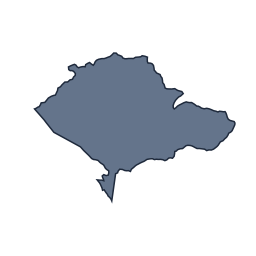 Rio do Campo, Santa Catarina, Brazil, rotated 33°
{"feature_id": "56859067B84432632001566", "entity_name": "Rio do Campo", "entity_type": "district", "adm_level": 2, "iso_a3": "BRA", "parent_name": "Brazil", "parent_adm1": "Santa Catarina", "projection": "mercator", "projection_center": [-50.112, -26.91], "detail": "fine", "context": "isolated", "style": "filled", "palette": "slate", "viewbox_px": 256, "rotation_deg": 33, "n_neighbors": 0, "source": "geoboundaries", "source_scale": "gbopen_adm2", "svg_char_len": 3049}
<svg xmlns="http://www.w3.org/2000/svg" viewBox="0 0 256 256"><g transform="rotate(33 128 128)"><path d="M58.0,97.9L58.7,100.0L56.9,100.9L55.0,102.7L53.7,104.4L51.9,104.4L50.1,103.6L48.4,103.8L47.4,105.1L46.1,107.0L44.8,109.2L46.5,111.3L48.3,111.4L49.7,110.4L51.6,110.1L54.2,111.0L55.1,112.7L54.6,114.9L54.9,117.4L53.1,119.3L52.4,122.2L50.0,123.9L49.6,125.7L49.1,127.9L48.9,130.2L47.5,132.7L48.5,135.0L48.8,137.3L49.2,139.9L47.9,141.2L46.4,143.2L44.9,146.2L44.6,149.3L44.3,151.8L41.5,154.2L41.9,156.4L41.9,158.5L40.9,159.8L40.3,161.4L39.2,162.9L53.0,166.8L56.6,168.1L68.2,172.0L77.1,171.3L98.4,169.7L103.1,171.0L109.9,172.3L111.9,172.8L114.1,173.4L116.2,173.2L118.2,172.2L120.6,171.5L123.1,172.1L124.9,172.3L126.4,172.2L128.0,172.4L129.6,173.3L131.1,174.1L132.8,174.4L135.1,174.4L136.2,175.9L137.1,178.2L135.6,179.8L133.1,180.3L132.5,182.3L133.9,183.5L135.3,184.3L136.4,185.4L134.4,186.0L132.9,187.0L130.4,188.3L132.1,188.9L133.8,189.4L135.4,190.2L137.4,191.5L138.9,192.5L140.6,194.1L141.6,192.8L143.4,193.6L145.1,194.3L146.9,194.9L148.4,195.9L150.6,196.2L152.6,197.0L154.1,198.0L142.5,173.1L143.7,171.3L143.2,169.6L143.5,167.1L145.9,165.8L148.5,165.4L150.3,164.5L151.6,163.5L153.7,163.1L153.3,160.8L154.2,158.0L154.7,156.0L155.3,154.3L156.2,152.8L157.2,150.9L158.5,148.8L159.5,147.4L160.2,145.9L161.0,144.0L162.6,142.5L163.8,141.5L165.2,140.5L167.4,140.1L168.7,138.8L170.6,137.8L172.3,136.6L174.5,135.6L176.7,135.3L177.9,133.6L178.5,131.2L179.6,130.0L181.8,129.1L182.1,126.6L181.0,124.0L180.0,122.2L181.1,121.0L181.4,119.2L183.0,117.1L185.0,115.5L185.7,113.2L186.3,111.3L187.5,110.0L189.6,108.8L191.3,108.2L192.9,108.0L194.5,107.9L197.1,107.6L199.1,106.3L201.8,105.0L203.9,104.0L206.3,104.1L207.8,102.3L209.9,101.1L211.3,99.1L212.0,97.2L212.7,95.1L213.0,93.4L213.0,91.6L213.0,89.4L214.6,86.9L215.0,84.4L215.7,82.1L215.7,79.6L215.3,77.5L216.4,75.5L216.8,73.6L216.5,71.5L216.2,69.4L215.8,67.1L215.0,65.6L213.5,64.8L211.3,65.5L209.3,66.1L207.3,66.0L205.4,64.9L203.6,63.3L202.0,62.1L200.5,61.4L199.2,62.4L197.4,63.2L195.6,64.1L194.7,65.6L192.7,66.0L190.6,66.8L188.1,67.2L185.7,67.7L183.3,68.6L181.4,70.4L178.8,71.3L176.9,71.2L175.1,71.4L173.6,72.2L172.1,72.0L170.5,71.9L167.5,72.0L165.9,73.1L164.2,73.9L162.6,74.4L161.0,76.5L159.7,78.8L158.6,80.6L157.6,82.7L157.1,85.1L156.4,86.8L154.9,86.3L153.6,84.5L152.9,81.7L152.8,78.8L153.2,76.2L153.6,74.4L154.7,72.5L155.6,69.1L153.3,68.1L150.9,68.9L149.3,69.4L147.6,69.5L145.8,69.5L143.4,71.5L140.8,73.1L139.2,74.0L137.4,74.3L135.9,73.0L134.5,71.8L132.4,71.1L131.0,69.3L129.3,67.5L127.5,66.9L125.8,65.7L123.8,66.0L121.9,66.3L120.2,65.6L118.6,65.3L117.1,63.5L115.2,61.6L113.1,61.0L111.5,61.4L109.3,62.6L108.0,61.7L106.8,60.0L105.7,58.0L103.1,58.6L100.5,59.7L99.9,61.3L98.4,62.6L95.8,64.6L94.7,66.8L93.0,67.8L90.7,69.3L89.3,70.5L87.7,71.6L85.6,72.1L83.7,71.3L81.4,71.7L79.6,72.2L77.4,71.6L75.2,72.9L74.7,75.5L74.0,77.8L72.8,79.3L71.5,81.2L70.2,82.8L68.2,84.1L65.9,86.4L64.7,88.3L64.4,90.2L64.8,92.6L64.7,94.3L62.4,94.3L60.1,94.0L59.0,95.7L58.0,97.9Z" fill="#64748b" stroke="#1e293b" stroke-width="1.5"/></g></svg>